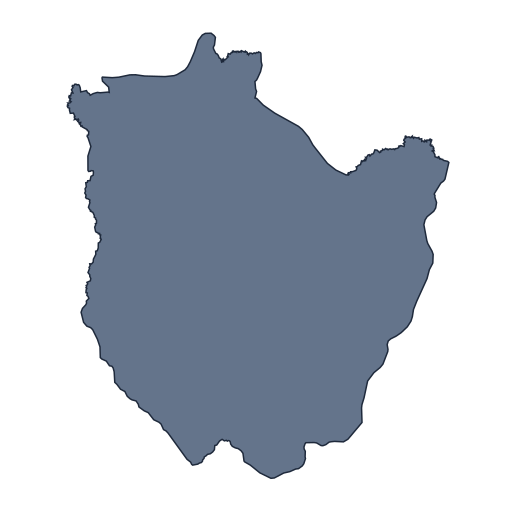 outline of Sa Bot, Lop Buri, Thailand, rotated 91°
{"feature_id": "78962969B19541644764840", "entity_name": "Sa Bot", "entity_type": "district", "adm_level": 2, "iso_a3": "THA", "parent_name": "Thailand", "parent_adm1": "Lop Buri", "projection": "mercator", "projection_center": [100.826, 15.236], "detail": "fine", "context": "isolated", "style": "filled", "palette": "slate", "viewbox_px": 512, "rotation_deg": 91, "n_neighbors": 0, "source": "geoboundaries", "source_scale": "gbopen_adm2", "svg_char_len": 5992}
<svg xmlns="http://www.w3.org/2000/svg" viewBox="0 0 512 512"><g transform="rotate(91 256 256)"><path d="M420.6,147.1L406.1,147.8L402.9,147.5L395.9,145.5L379.0,142.2L370.6,136.1L365.3,129.9L361.9,127.2L349.3,122.6L347.1,122.4L342.3,123.3L338.7,122.3L336.5,119.9L333.6,114.4L330.1,109.5L324.2,103.5L318.4,99.9L313.9,98.6L306.7,97.6L298.4,94.5L275.6,84.6L266.6,82.4L260.0,79.1L251.3,78.9L248.1,80.1L240.5,84.5L237.5,85.5L221.8,88.7L217.0,87.6L213.7,85.6L208.2,79.1L204.9,77.2L199.4,76.4L194.0,78.2L192.3,78.1L191.3,78.8L190.4,78.7L179.9,72.5L177.8,69.8L175.9,68.4L159.1,64.8L158.0,66.1L157.1,70.4L156.1,71.0L156.1,72.5L155.4,73.0L155.8,73.9L153.4,75.0L153.5,75.4L154.7,75.8L153.6,78.8L151.6,78.9L148.5,80.6L147.9,81.7L147.1,80.6L147.4,79.8L145.4,80.6L145.1,80.1L143.3,81.0L142.9,82.8L142.1,82.3L141.9,83.8L139.2,83.0L138.1,83.5L138.0,82.6L136.9,82.3L136.0,84.0L137.1,84.8L137.1,87.2L138.7,87.4L137.3,89.1L138.8,89.3L139.0,89.9L138.3,90.3L138.0,91.6L138.4,92.3L135.9,92.4L136.3,94.7L134.7,95.2L135.2,97.1L134.5,99.6L135.5,100.6L134.4,101.0L134.7,102.2L133.6,102.0L135.1,103.9L134.2,105.0L134.7,107.9L133.7,108.0L133.5,108.7L134.6,109.1L135.6,108.5L136.7,110.0L137.8,110.3L139.4,108.9L141.1,110.7L142.1,109.5L144.0,109.9L143.1,113.2L143.6,113.6L143.4,114.7L143.7,115.2L144.4,114.9L145.2,115.4L146.0,116.8L146.3,118.8L147.2,119.2L146.5,120.5L147.0,122.2L146.6,123.2L146.7,124.6L147.5,125.8L146.8,126.3L147.1,127.0L146.2,128.2L147.6,129.8L147.0,131.3L148.2,131.4L149.0,133.4L149.8,133.1L150.5,134.2L148.1,136.7L147.8,139.0L150.8,140.0L152.0,141.0L152.1,142.2L154.0,143.8L152.7,144.5L153.1,145.8L155.3,147.1L155.4,148.2L156.7,147.2L157.2,147.4L157.3,148.5L158.7,148.0L158.9,148.8L158.1,149.4L159.0,149.8L158.9,150.7L159.7,151.2L159.1,152.2L162.8,153.1L163.6,155.3L165.0,156.4L165.1,157.4L167.1,156.7L168.7,157.6L170.0,161.0L170.1,162.9L171.2,162.8L171.1,165.1L172.1,165.5L172.9,164.5L173.4,164.9L173.3,167.5L168.7,177.6L162.2,186.2L147.1,198.6L143.8,201.2L136.4,205.4L128.7,212.0L125.6,215.8L112.8,239.8L105.0,251.4L98.4,258.1L98.0,259.8L91.4,258.3L89.0,259.3L81.5,260.1L80.2,258.6L78.5,257.7L71.6,254.7L65.2,253.3L61.6,254.2L53.7,254.6L52.6,255.1L51.9,257.0L52.7,257.5L52.5,259.1L53.5,260.1L52.9,261.4L54.0,263.1L53.3,264.1L53.3,265.9L54.8,266.8L54.0,267.0L54.4,268.1L52.7,268.2L51.9,269.3L52.3,270.1L51.4,270.3L52.2,271.3L51.0,274.1L52.3,274.5L51.6,275.3L52.5,276.1L52.1,276.8L52.5,277.3L51.6,277.5L51.8,279.4L52.6,279.5L51.9,280.6L52.3,281.1L51.3,282.5L51.8,283.2L52.8,282.9L53.2,284.4L54.6,285.3L54.1,287.3L56.5,287.8L57.2,287.3L57.3,287.9L56.5,288.5L58.0,288.0L60.3,290.2L60.6,291.1L59.8,291.6L61.6,291.8L60.1,292.9L61.4,293.4L62.4,292.9L62.8,293.7L59.4,294.7L58.6,296.2L56.0,297.3L54.5,298.6L54.2,299.7L49.6,302.1L47.9,302.3L45.8,301.2L38.1,300.4L36.3,301.8L34.0,304.8L34.3,310.6L36.0,313.6L41.4,317.5L52.8,321.0L62.9,325.1L68.0,327.7L71.1,330.2L76.1,338.3L77.1,341.0L78.2,350.1L78.0,370.5L76.9,379.6L77.1,385.3L79.6,396.3L80.2,402.8L79.8,412.7L80.6,413.1L83.9,412.5L89.7,406.3L95.0,405.6L94.7,406.8L95.5,414.7L95.2,417.5L96.5,421.7L98.2,424.6L96.6,425.4L95.6,427.3L93.6,428.4L95.0,434.1L90.9,434.7L88.3,435.7L87.7,436.8L88.1,437.8L87.3,439.0L87.5,440.4L88.9,441.0L88.7,442.5L89.6,442.8L90.7,441.9L93.0,443.4L96.2,441.9L96.1,443.4L99.2,444.2L98.9,445.5L100.2,445.9L102.0,444.0L102.3,444.4L102.0,445.1L103.4,444.4L104.3,445.3L105.0,443.6L106.2,444.8L106.3,446.8L106.9,446.3L108.4,447.2L108.9,446.4L109.8,447.2L111.0,446.5L111.5,445.0L113.2,445.1L116.6,444.2L116.3,441.0L119.6,439.5L120.0,440.1L121.1,440.0L121.8,439.1L122.7,439.8L122.4,438.2L123.2,437.6L122.1,436.2L123.1,435.6L124.5,436.6L125.7,435.2L125.5,433.6L126.1,433.7L126.3,434.9L126.8,435.1L127.8,433.9L129.3,433.3L128.9,432.3L129.9,432.1L132.6,427.0L133.5,426.9L134.3,425.4L137.8,425.6L138.2,426.8L139.5,426.9L140.5,426.1L149.4,423.0L159.0,425.8L173.3,425.5L174.4,424.8L174.1,422.9L173.5,422.4L173.7,420.3L174.9,420.0L178.0,420.2L179.3,422.4L183.5,423.2L183.7,425.6L185.3,425.9L185.7,427.5L189.7,426.9L191.8,428.1L194.3,427.6L196.0,428.3L198.1,427.0L200.5,427.4L201.5,426.5L201.7,425.2L202.9,423.1L204.5,423.4L205.6,423.0L210.2,424.4L213.0,422.7L213.3,422.0L214.1,422.3L215.2,419.9L218.2,418.4L220.1,418.4L220.8,417.1L221.8,417.1L223.0,416.1L226.1,416.1L226.5,417.2L227.7,416.8L229.9,417.8L234.0,416.9L235.1,416.1L235.4,414.6L236.6,414.0L236.2,412.8L237.8,412.4L237.8,411.7L239.9,412.1L240.9,411.6L241.2,412.0L242.2,411.1L245.0,412.5L245.8,413.9L250.8,413.9L253.5,414.8L254.0,416.4L257.2,416.2L261.9,418.5L265.0,418.7L266.8,420.3L266.7,422.1L268.5,421.7L270.3,422.7L271.2,422.2L275.5,423.7L277.7,421.9L279.4,421.8L281.4,420.8L283.7,421.2L285.3,424.6L286.7,423.8L287.8,424.2L288.4,425.3L289.8,424.8L290.7,425.4L291.4,424.6L292.7,425.2L295.6,425.4L295.9,424.0L298.4,424.4L299.3,423.2L301.4,422.4L304.1,424.9L306.1,424.6L307.7,425.3L311.4,428.6L315.3,429.9L325.4,427.2L329.1,423.9L330.5,420.1L332.5,418.0L342.0,413.1L349.6,410.4L360.3,409.9L361.7,408.4L363.7,403.8L368.3,400.6L368.7,398.2L370.4,396.9L374.2,395.8L384.8,395.0L386.8,392.8L391.6,389.1L393.8,384.7L398.5,382.3L400.9,379.5L402.0,377.5L403.0,373.4L406.3,371.1L409.0,370.4L412.8,365.0L414.5,361.0L421.5,355.4L423.9,350.1L425.7,348.0L431.2,345.4L432.4,343.0L434.5,340.9L460.5,321.4L463.2,317.8L465.4,316.7L466.2,315.7L465.1,310.5L464.1,309.1L463.4,306.9L462.0,305.9L460.8,305.8L459.4,304.5L457.8,304.2L456.4,302.1L455.2,301.1L454.5,298.2L452.7,295.9L450.4,294.2L446.2,293.9L445.7,292.0L441.6,289.2L439.9,286.7L441.4,284.4L440.8,282.4L441.6,281.5L441.0,280.5L441.2,279.4L442.0,278.6L444.5,278.0L446.7,276.4L448.2,273.4L448.9,270.4L451.0,267.5L453.5,265.6L461.2,264.4L462.0,263.8L465.2,258.0L472.8,248.3L478.0,237.2L477.6,233.8L472.5,224.5L471.0,218.4L468.3,212.6L467.9,209.8L465.1,206.1L462.9,204.6L457.7,203.0L456.0,203.4L450.4,203.3L448.1,204.5L446.1,204.7L442.9,203.7L441.8,202.9L441.5,194.7L441.8,192.2L444.4,187.6L444.5,185.8L443.4,182.9L440.8,179.6L440.4,177.6L440.0,174.2L440.3,165.3L437.6,160.9L420.6,147.1Z" fill="#64748b" stroke="#1e293b" stroke-width="1.5"/></g></svg>